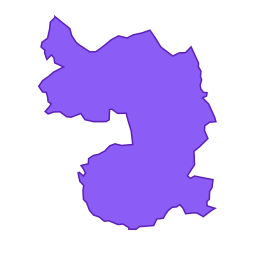 Karamoullides, Paphos, Cyprus, rotated 278°
{"feature_id": "46923920B15224783419996", "entity_name": "Karamoullides", "entity_type": "district", "adm_level": 2, "iso_a3": "CYP", "parent_name": "Cyprus", "parent_adm1": "Paphos", "projection": "orthographic", "projection_center": [32.433, 35.012], "detail": "fine", "context": "isolated", "style": "filled", "palette": "violet", "viewbox_px": 256, "rotation_deg": 278, "n_neighbors": 0, "source": "geoboundaries", "source_scale": "gbopen_adm2", "svg_char_len": 1835}
<svg xmlns="http://www.w3.org/2000/svg" viewBox="0 0 256 256"><g transform="rotate(278 128 128)"><path d="M27.9,142.9L28.8,150.0L31.9,153.0L33.5,160.4L35.0,167.0L41.9,169.2L43.5,175.5L48.1,177.3L51.9,179.3L55.6,182.7L56.6,186.9L59.2,190.1L56.1,193.8L51.1,197.0L53.0,204.3L53.4,208.2L50.7,214.9L58.3,222.5L60.6,225.4L61.9,217.2L66.1,216.3L68.8,218.4L76.6,217.7L80.6,219.5L87.6,219.4L88.7,219.3L89.1,209.9L89.7,200.5L86.8,196.9L88.9,193.4L100.9,199.0L106.0,198.0L108.4,197.7L114.1,196.5L117.3,199.5L119.6,201.6L128.7,208.6L136.1,204.1L140.9,203.7L145.0,207.9L146.5,214.2L149.3,212.9L151.1,212.1L155.3,209.4L163.0,204.5L168.3,197.7L170.6,201.3L173.9,201.4L173.9,197.5L176.8,194.7L180.4,193.5L186.0,194.2L188.9,192.6L194.2,192.4L198.5,189.2L202.0,188.8L202.2,188.7L217.1,179.2L210.7,174.5L209.5,168.3L205.5,162.3L212.7,149.3L221.2,142.3L227.9,136.1L224.1,128.7L220.9,120.1L217.0,114.6L217.9,105.8L213.2,99.3L205.5,92.2L199.1,85.7L198.1,79.5L203.5,68.1L205.7,64.6L211.8,59.3L218.3,56.6L228.1,40.2L227.5,40.4L221.9,36.3L215.8,36.6L205.8,35.9L200.9,30.9L196.2,30.6L193.3,35.0L191.0,34.9L184.6,38.1L189.7,42.1L187.1,44.9L182.3,46.4L179.5,55.7L172.9,46.4L168.4,42.6L163.0,36.8L156.9,33.8L151.8,38.3L151.9,42.1L147.1,44.2L143.0,45.2L141.2,48.5L138.6,47.4L132.8,43.7L130.8,46.9L133.5,52.2L134.6,58.5L132.6,62.0L130.6,65.8L130.8,70.2L135.8,79.2L130.2,84.3L129.5,93.3L131.3,105.5L133.5,108.2L143.7,107.2L144.5,109.4L141.0,115.6L142.4,124.1L135.6,126.9L125.5,131.6L112.3,135.0L109.8,124.0L110.5,117.3L107.7,112.3L102.0,108.3L97.7,102.3L96.0,97.6L92.2,93.3L87.0,93.6L84.3,86.7L82.1,88.9L77.6,92.1L74.2,90.6L77.3,85.9L76.6,84.8L68.5,87.7L65.0,92.1L59.3,92.2L50.9,93.9L48.4,97.4L45.9,98.7L41.2,101.3L37.0,106.0L35.9,111.8L32.4,117.5L33.5,121.8L31.0,131.5L32.2,136.4L29.5,142.7L27.9,142.9Z" fill="#8b5cf6" stroke="#5b21b6" stroke-width="1.5"/></g></svg>